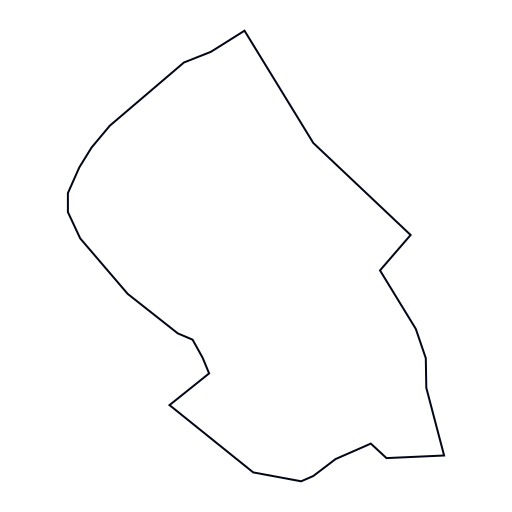 the border of Bloke
{"feature_id": "SVN-254", "entity_name": "Bloke", "entity_type": "Municipality", "adm_level": 1, "iso_a3": "SVN", "parent_name": "Slovenia", "parent_adm1": "", "projection": "mercator", "projection_center": [14.507, 45.785], "detail": "fine", "context": "isolated", "style": "outline", "palette": "ink", "viewbox_px": 512, "rotation_deg": 0, "n_neighbors": 0, "source": "natural_earth", "source_scale": "10m", "svg_char_len": 466}
<svg xmlns="http://www.w3.org/2000/svg" viewBox="0 0 512 512"><path d="M244.5,30.7L313.3,143.0L410.6,235.0L380.0,270.4L415.8,328.9L425.8,358.2L426.3,387.8L444.1,455.5L386.5,458.1L370.8,443.6L335.5,459.1L313.3,476.0L301.1,481.3L253.2,472.4L169.5,405.1L209.1,373.4L202.6,357.7L192.6,339.7L177.8,333.4L127.7,293.9L80.2,238.4L67.9,212.1L67.9,193.1L79.3,167.4L91.5,147.6L109.8,125.7L183.9,62.5L210.9,51.8L244.5,30.7Z" fill="none" stroke="#020617" stroke-width="2"/></svg>